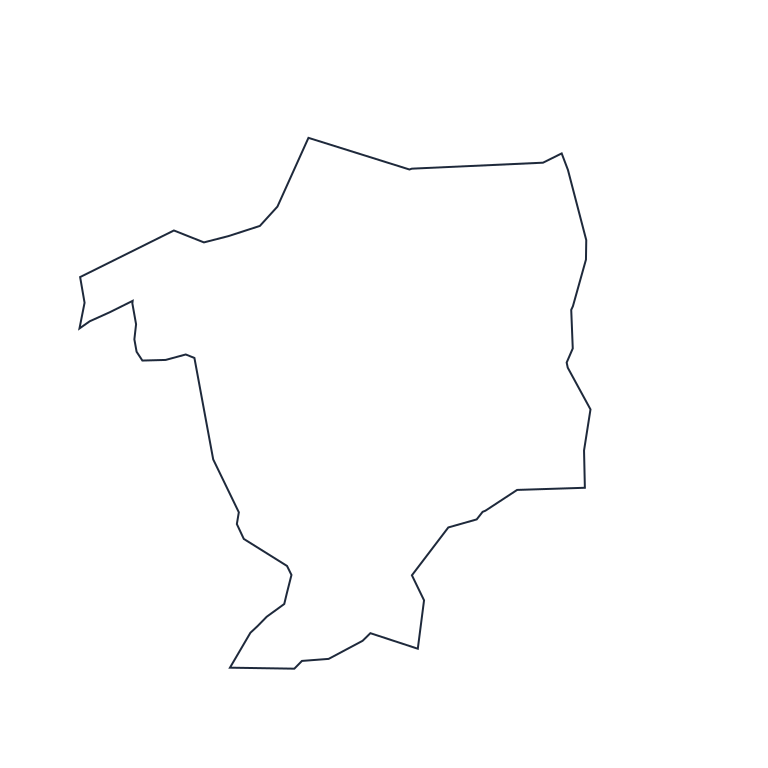 Urue Offong/Oruko, Akwa Ibom, Nigeria, rotated 156°
{"feature_id": "59680162B91433810506609", "entity_name": "Urue Offong/Oruko", "entity_type": "district", "adm_level": 2, "iso_a3": "NGA", "parent_name": "Nigeria", "parent_adm1": "Akwa Ibom", "projection": "orthographic", "projection_center": [8.177, 4.73], "detail": "fine", "context": "isolated", "style": "outline", "palette": "slate", "viewbox_px": 768, "rotation_deg": 156, "n_neighbors": 0, "source": "geoboundaries", "source_scale": "gbopen_adm2", "svg_char_len": 910}
<svg xmlns="http://www.w3.org/2000/svg" viewBox="0 0 768 768"><g transform="rotate(156 384 384)"><path d="M460.8,128.4L435.4,170.1L436.3,197.9L383.6,226.8L354.4,222.6L345.9,227.1L342.9,227.0L305.5,233.1L242.7,207.5L228.3,241.9L205.7,276.8L209.5,324.2L208.4,329.3L197.1,339.7L182.8,375.6L179.8,378.2L148.9,415.5L140.7,433.2L128.9,504.7L127.9,522.4L148.7,521.5L271.0,569.4L273.5,569.6L352.9,639.6L409.2,589.4L433.1,578.9L466.1,582.4L490.9,586.6L513.5,609.7L618.1,605.3L624.5,580.0L639.6,558.6L627.3,561.0L605.2,561.1L579.8,562.2L581.1,560.0L586.2,539.4L593.9,526.3L596.9,514.1L595.2,503.7L573.7,494.8L553.1,491.6L546.6,484.9L570.7,384.6L568.8,325.8L568.9,325.7L575.4,315.9L575.1,299.5L546.6,257.2L546.2,247.2L558.0,232.2L564.6,223.6L585.8,219.1L597.9,214.3L607.2,211.1L640.1,187.5L581.7,160.4L571.6,164.4L546.4,155.4L508.0,158.1L497.8,161.9L460.8,128.4Z" fill="none" stroke="#1e293b" stroke-width="2"/></g></svg>